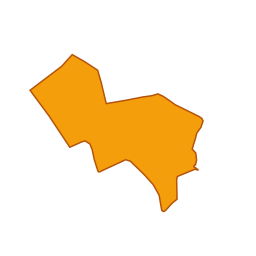 Gala'a Al Nahal, Gedarif, Sudan (Robinson projection), rotated 153°
{"feature_id": "16777658B80324044236150", "entity_name": "Gala'a Al Nahal", "entity_type": "district", "adm_level": 2, "iso_a3": "SDN", "parent_name": "Sudan", "parent_adm1": "Gedarif", "projection": "robinson", "projection_center": [35.033, 13.356], "detail": "fine", "context": "isolated", "style": "filled", "palette": "amber", "viewbox_px": 256, "rotation_deg": 153, "n_neighbors": 0, "source": "geoboundaries", "source_scale": "gbopen_adm2", "svg_char_len": 937}
<svg xmlns="http://www.w3.org/2000/svg" viewBox="0 0 256 256"><g transform="rotate(153 128 128)"><path d="M116.6,42.3L108.2,59.7L106.0,62.4L87.1,60.9L84.3,58.4L86.0,62.2L86.6,62.9L86.9,63.6L86.2,64.5L85.3,64.7L84.6,64.5L81.4,68.4L79.0,75.0L80.0,78.8L80.4,80.0L76.4,84.3L73.5,87.2L69.3,91.9L68.5,92.5L62.7,95.5L57.9,100.2L57.9,103.1L59.4,105.9L75.4,127.3L78.2,132.8L82.1,140.0L85.8,144.8L91.9,145.9L95.5,147.1L100.9,149.0L117.1,153.6L136.3,159.6L135.2,164.3L131.2,180.8L128.8,193.2L136.6,206.9L144.4,218.7L159.0,213.1L198.1,206.1L198.1,205.9L192.9,174.7L188.6,137.3L175.2,136.6L172.0,135.9L169.2,131.0L169.7,125.3L172.4,115.0L174.3,103.6L174.3,102.8L174.0,102.1L172.8,101.7L171.6,101.8L144.5,100.8L141.0,97.4L137.1,86.1L136.6,84.5L134.6,78.7L131.2,65.8L130.8,53.8L133.1,46.6L135.3,39.3L134.5,37.6L133.3,37.3L132.0,37.5L127.7,39.1L124.3,40.5L121.8,41.2L117.9,42.0L116.6,42.3Z" fill="#f59e0b" stroke="#b45309" stroke-width="1.5"/></g></svg>